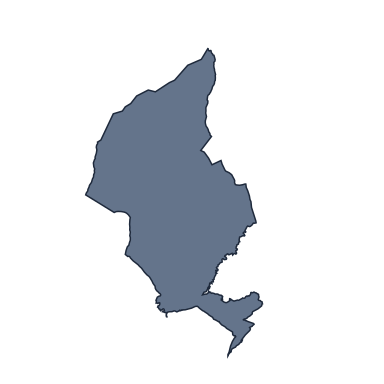 Buyant, Hovd, Mongolia (Equal Earth projection), rotated 111°
{"feature_id": "93677404B7788562092433", "entity_name": "Buyant", "entity_type": "district", "adm_level": 2, "iso_a3": "MNG", "parent_name": "Mongolia", "parent_adm1": "Hovd", "projection": "equal_earth", "projection_center": [92.174, 47.985], "detail": "fine", "context": "isolated", "style": "filled", "palette": "slate", "viewbox_px": 384, "rotation_deg": 111, "n_neighbors": 0, "source": "geoboundaries", "source_scale": "gbopen_adm2", "svg_char_len": 6058}
<svg xmlns="http://www.w3.org/2000/svg" viewBox="0 0 384 384"><g transform="rotate(111 192 192)"><path d="M306.2,186.3L308.6,185.6L308.1,184.9L308.3,183.9L307.1,183.1L307.1,182.4L308.1,181.9L309.4,181.9L310.2,182.2L310.4,182.8L311.8,182.9L312.1,181.9L313.0,180.9L313.0,179.9L313.9,179.3L314.1,178.6L313.6,178.6L311.6,177.2L311.3,176.6L311.6,176.0L312.7,175.2L313.1,175.6L313.8,175.8L313.6,176.4L314.3,176.5L314.1,175.8L314.3,174.7L313.9,173.2L314.3,172.8L314.3,172.4L316.2,172.0L317.4,171.3L317.2,170.9L318.1,170.1L316.2,171.8L315.5,172.0L313.3,171.9L312.6,171.3L311.9,170.2L310.9,167.8L309.4,166.1L309.2,165.0L309.4,163.4L308.9,162.6L307.6,161.6L307.4,161.0L306.8,161.0L306.9,160.1L306.6,159.8L306.1,159.7L306.1,159.3L305.8,159.1L305.8,158.7L305.4,158.5L305.1,158.0L305.1,157.3L304.7,156.9L304.4,156.1L300.5,150.7L297.7,148.0L296.9,146.4L296.8,145.9L297.1,145.0L297.8,143.5L299.0,139.5L299.0,138.2L299.4,136.9L300.0,133.9L300.8,132.0L301.6,127.9L303.0,126.2L303.0,124.5L303.4,121.5L303.6,120.9L303.6,120.5L303.3,120.1L304.0,119.5L305.4,116.7L305.7,114.5L306.2,112.1L306.9,111.0L308.1,104.3L308.2,104.0L310.3,103.0L310.9,102.4L311.2,101.1L310.9,100.7L311.1,100.4L310.8,100.0L311.1,99.5L311.7,99.4L313.3,100.1L317.1,100.7L322.0,100.8L328.3,100.0L330.8,100.2L332.2,99.7L331.6,99.6L331.1,99.8L326.9,98.7L327.4,98.3L327.2,98.2L325.3,98.6L323.9,98.3L321.2,95.8L319.5,95.4L317.5,93.7L316.3,93.5L315.0,92.7L314.3,92.6L314.3,92.0L312.3,91.9L312.4,92.3L313.2,92.8L312.8,92.9L306.3,91.0L300.5,88.4L298.9,88.4L297.8,89.7L295.8,87.7L295.0,87.6L293.3,86.6L293.1,86.7L292.7,87.6L292.9,94.0L292.7,94.9L292.9,96.0L292.6,97.2L293.0,98.1L292.7,98.3L291.9,97.7L291.2,96.5L290.2,95.5L288.9,95.1L286.8,93.4L284.2,92.1L282.7,92.6L281.9,92.4L277.4,88.5L273.6,86.3L273.8,85.9L273.4,86.2L271.8,86.4L271.1,86.5L271.0,86.2L269.4,87.3L269.4,88.5L268.9,89.3L269.2,90.9L268.8,91.6L266.0,91.8L265.2,92.5L263.8,93.2L263.5,94.1L263.7,94.5L263.2,95.7L263.4,96.6L263.2,98.3L264.3,99.2L264.5,100.6L264.8,101.0L266.5,100.7L268.4,101.2L268.8,101.8L268.7,102.2L269.6,103.0L269.4,103.3L269.5,103.6L270.4,104.3L271.9,104.6L272.3,104.9L272.8,106.1L272.8,106.8L273.5,107.1L276.2,109.5L276.5,109.9L276.6,110.8L278.8,113.7L278.7,115.6L278.4,116.3L278.6,117.0L278.0,117.5L278.1,118.6L278.5,118.6L279.2,118.1L279.1,117.8L279.7,117.7L282.2,119.4L282.8,120.0L283.2,120.9L283.3,122.6L282.7,124.9L281.8,125.6L282.3,125.6L282.4,125.9L281.5,126.2L281.5,125.6L281.7,125.0L281.6,124.9L280.9,125.4L279.5,125.8L279.3,126.2L278.5,126.0L277.9,127.5L278.4,129.7L278.1,130.7L278.2,132.0L279.0,133.8L278.8,134.9L279.0,136.7L279.5,137.3L279.4,138.2L278.9,138.7L279.3,139.0L279.4,139.7L278.9,140.2L278.6,140.9L280.1,140.4L280.8,141.1L282.0,141.6L282.4,142.3L282.5,142.9L284.2,145.3L281.2,144.9L280.2,143.4L279.4,142.9L278.5,143.1L277.6,142.4L276.1,142.9L275.1,142.7L275.1,142.4L276.4,141.5L276.0,141.2L274.0,141.3L274.2,142.1L273.8,142.4L273.1,142.1L272.1,142.5L271.6,142.2L271.2,142.7L270.8,142.8L270.4,142.4L270.2,141.4L270.4,140.5L270.1,140.6L269.0,141.6L268.8,141.5L268.2,139.9L267.0,140.4L266.6,141.1L265.5,140.1L264.7,140.5L262.6,140.5L261.3,140.2L259.6,140.3L259.0,139.8L258.9,140.9L257.9,140.6L257.3,141.4L256.7,141.7L256.4,141.3L256.7,140.3L256.2,139.8L255.6,139.8L255.0,140.0L254.5,141.4L253.8,142.1L253.3,142.0L252.3,141.1L250.5,141.5L250.1,140.9L247.9,140.3L246.8,138.8L246.1,138.9L244.5,139.8L243.6,139.7L243.1,139.1L243.6,137.7L242.7,136.0L242.3,135.8L241.8,135.8L241.2,136.3L240.6,137.2L240.4,138.4L239.4,138.4L238.3,137.3L237.1,136.9L236.9,136.3L237.3,135.6L237.4,135.0L234.9,132.6L236.3,131.4L234.4,130.7L234.0,129.8L234.3,129.0L234.0,128.6L233.6,128.4L232.9,128.6L232.2,129.5L231.1,130.0L230.1,129.2L229.1,129.2L228.9,129.6L228.9,130.5L227.6,131.1L226.3,130.9L225.3,131.2L224.0,130.0L222.2,130.4L221.3,129.6L220.1,130.8L217.0,131.4L216.3,130.4L214.6,128.9L214.3,127.4L213.8,127.1L212.6,128.2L212.3,129.3L211.8,129.5L210.8,129.1L210.5,128.7L210.5,127.7L210.1,127.5L209.8,127.6L209.4,128.6L208.9,128.7L204.8,128.2L203.9,127.9L203.6,125.7L203.1,125.2L201.4,124.2L199.1,123.6L198.6,122.2L197.8,121.1L196.1,122.1L185.1,130.9L179.9,133.5L178.2,135.2L175.1,137.0L171.0,140.3L168.3,143.0L165.3,144.6L165.5,145.3L167.3,147.7L168.7,150.1L169.5,153.1L169.5,154.2L168.1,155.6L166.2,156.2L165.3,156.9L161.6,161.2L160.7,164.2L160.4,168.0L159.8,169.0L155.2,173.9L152.2,176.2L159.4,183.1L154.5,188.6L150.4,194.9L150.1,198.7L133.2,193.7L132.3,195.6L130.9,196.3L129.8,197.9L127.8,199.4L126.7,200.6L125.4,202.5L123.6,203.8L122.4,204.5L120.6,205.1L116.4,205.5L113.4,207.5L111.4,208.0L108.2,209.3L103.5,209.1L101.3,209.8L100.6,210.9L96.7,211.8L95.6,211.6L94.5,210.9L93.2,210.8L92.6,210.5L88.7,210.3L86.2,210.6L84.0,210.0L82.4,210.0L80.7,210.5L79.5,210.3L77.0,211.1L74.8,212.1L73.9,212.1L70.4,214.6L69.5,214.9L67.9,216.1L66.2,217.0L64.8,217.3L63.2,218.1L61.6,217.5L60.0,217.9L56.5,220.5L56.6,221.5L55.9,222.1L55.1,223.7L53.2,225.0L53.3,225.6L54.1,226.4L54.0,227.0L52.8,228.3L51.8,228.5L64.8,230.8L75.2,241.4L93.9,248.3L98.0,252.3L111.6,262.1L112.5,269.4L122.2,278.1L131.4,280.9L136.4,284.8L141.4,286.0L147.2,293.5L176.2,295.7L179.3,298.1L180.0,297.6L181.3,297.5L182.4,297.8L184.5,297.4L186.8,295.9L190.1,295.2L194.2,295.0L195.4,294.3L196.5,294.6L200.2,294.5L203.6,292.7L205.3,291.1L206.9,290.9L208.9,289.9L211.1,290.0L213.5,289.3L215.2,289.6L219.0,289.3L222.5,290.1L224.3,289.9L226.8,290.1L228.3,289.7L230.9,290.3L232.8,290.2L239.0,257.3L237.5,255.8L236.6,254.0L235.6,251.0L235.1,248.4L235.0,247.0L235.2,245.4L236.1,243.1L237.1,241.6L238.0,240.4L239.9,240.1L244.5,238.7L247.3,237.3L249.8,236.5L251.5,235.2L255.1,234.4L256.7,233.2L259.2,232.3L261.2,232.3L264.4,231.9L266.2,232.7L267.2,232.7L270.0,232.6L274.2,231.9L275.2,228.9L274.6,227.7L274.7,227.0L275.8,225.6L277.4,222.2L279.2,216.3L280.2,214.4L281.2,211.8L283.8,207.8L285.5,204.4L286.2,202.0L286.8,200.9L289.6,197.3L291.3,195.6L293.2,192.7L295.0,191.8L295.9,190.9L296.9,189.4L297.5,187.6L298.0,186.8L298.3,185.5L298.9,184.6L299.5,184.3L300.3,184.4L301.3,185.7L302.6,186.7L305.7,186.8L306.2,186.7L306.2,186.3Z" fill="#64748b" stroke="#1e293b" stroke-width="1.5"/></g></svg>